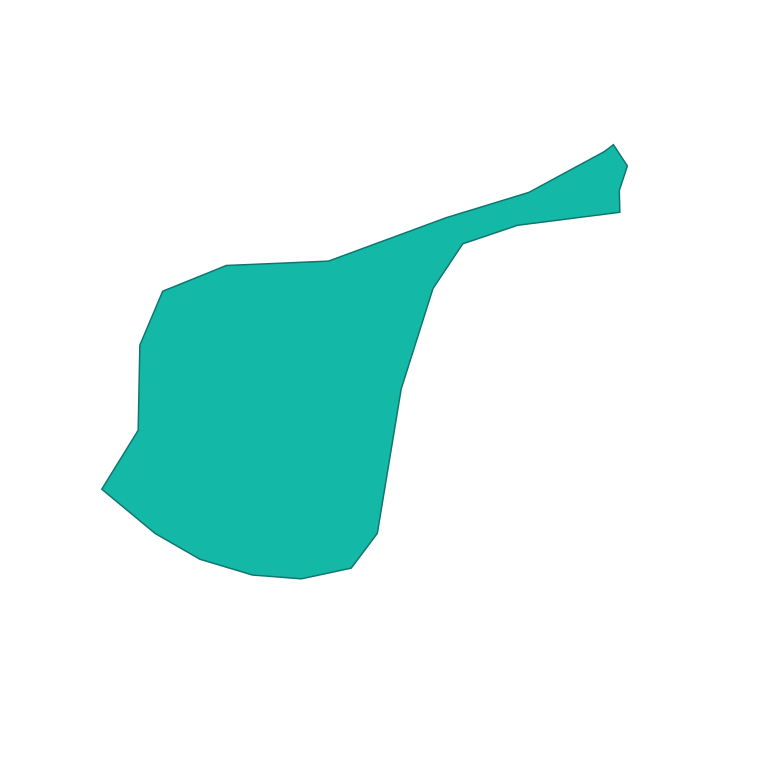 the District of Kapchorwa, rotated 251°
{"feature_id": "UGA-3112", "entity_name": "Kapchorwa", "entity_type": "District", "adm_level": 1, "iso_a3": "UGA", "parent_name": "Uganda", "parent_adm1": "", "projection": "equal_earth", "projection_center": [34.481, 1.268], "detail": "fine", "context": "isolated", "style": "filled", "palette": "teal", "viewbox_px": 768, "rotation_deg": 251, "n_neighbors": 0, "source": "natural_earth", "source_scale": "10m", "svg_char_len": 470}
<svg xmlns="http://www.w3.org/2000/svg" viewBox="0 0 768 768"><g transform="rotate(251 384 384)"><path d="M535.6,678.8L510.9,685.1L490.4,669.5L469.6,662.9L490.6,561.9L490.9,504.1L458.3,461.4L373.8,398.7L245.0,329.1L220.6,293.1L226.7,242.4L246.2,197.4L278.2,152.9L317.1,119.0L376.4,82.9L420.3,136.5L500.2,165.8L543.8,205.0L547.4,273.5L518.3,371.4L521.0,497.5L518.0,583.3L532.1,668.4L535.5,678.5L535.6,678.8Z" fill="#14b8a6" stroke="#0f766e" stroke-width="1.5"/></g></svg>